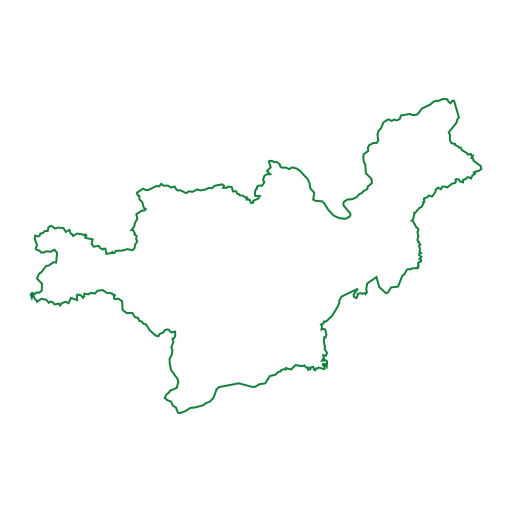 Guiratinga, Mato Grosso, Brazil
{"feature_id": "56859067B65545118773628", "entity_name": "Guiratinga", "entity_type": "district", "adm_level": 2, "iso_a3": "BRA", "parent_name": "Brazil", "parent_adm1": "Mato Grosso", "projection": "mercator", "projection_center": [-53.603, -16.377], "detail": "fine", "context": "isolated", "style": "outline", "palette": "green", "viewbox_px": 512, "rotation_deg": 0, "n_neighbors": 0, "source": "geoboundaries", "source_scale": "gbopen_adm2", "svg_char_len": 6041}
<svg xmlns="http://www.w3.org/2000/svg" viewBox="0 0 512 512"><path d="M323.6,360.5L324.2,359.4L323.2,355.2L326.0,355.6L327.0,352.8L324.5,348.6L325.2,347.5L323.8,341.5L324.2,337.2L325.5,337.5L326.5,334.6L325.1,329.4L323.0,328.9L321.5,329.5L322.0,326.0L321.0,324.6L323.6,323.2L324.0,321.5L326.2,321.4L332.2,315.7L337.3,307.3L339.2,303.3L339.2,300.9L341.5,296.6L357.9,288.7L353.6,294.5L353.9,296.9L356.4,298.1L357.7,295.3L357.6,293.8L360.3,293.2L362.7,293.7L364.7,293.1L365.6,294.2L366.9,292.2L366.2,289.2L367.2,283.5L376.5,277.1L379.2,287.0L385.9,293.2L388.0,292.5L391.1,287.4L398.0,286.6L402.3,275.8L404.5,274.1L406.4,270.4L407.9,269.1L410.5,269.5L411.8,268.4L417.9,268.1L417.7,266.5L418.7,265.9L418.0,263.7L419.0,262.0L421.0,261.5L421.1,260.0L419.4,258.8L421.4,256.9L419.1,255.1L419.5,253.2L420.9,253.1L419.6,251.5L420.0,248.5L418.9,246.0L420.3,244.4L418.6,242.9L418.9,241.7L417.7,240.8L417.4,239.4L418.4,236.9L417.5,231.9L418.4,230.1L418.0,228.4L416.6,227.8L413.1,221.3L411.7,220.8L412.9,219.7L414.3,214.6L414.2,212.7L415.4,212.6L419.2,208.1L421.7,206.8L423.5,203.3L423.1,202.3L424.3,201.8L423.9,198.6L427.7,196.9L428.7,195.6L432.3,196.4L435.5,191.7L435.8,189.4L438.1,187.7L440.9,189.2L442.3,186.7L445.4,186.6L447.1,187.5L452.3,183.5L455.0,183.0L455.9,181.7L455.5,179.9L456.1,179.1L458.5,179.4L460.0,181.4L463.0,182.3L462.9,180.1L465.7,179.0L467.5,177.3L468.8,177.2L471.0,178.5L472.4,175.5L475.1,173.7L473.8,172.7L474.8,171.7L478.4,171.0L481.3,169.1L480.8,166.1L473.5,160.7L473.0,158.5L471.5,158.0L472.9,155.6L471.1,155.2L470.8,154.0L467.6,154.5L467.0,153.2L462.1,150.2L460.6,147.5L458.9,147.7L458.0,146.4L454.9,144.9L455.1,143.9L451.5,143.2L449.9,140.3L450.0,134.9L448.7,132.4L456.4,122.9L457.6,118.8L458.9,117.4L454.0,100.7L452.4,100.8L450.4,103.2L448.4,101.7L447.3,99.3L443.1,98.9L437.8,101.1L436.3,100.7L433.7,101.6L430.2,104.6L421.9,108.5L418.0,113.9L416.0,114.8L412.6,115.1L409.9,114.0L401.0,115.4L399.9,118.7L397.7,120.1L395.7,120.3L394.3,119.5L391.7,120.9L388.2,119.3L383.4,122.4L380.9,128.4L378.6,130.8L377.5,134.5L378.3,140.6L376.6,143.0L373.4,143.0L369.1,145.2L367.9,147.7L368.2,151.0L363.7,154.2L363.3,157.4L363.8,162.0L365.2,164.0L365.9,173.3L370.9,178.2L371.8,180.3L371.8,183.3L367.6,186.7L367.3,189.1L363.1,191.3L362.3,192.8L359.5,194.1L356.4,197.3L352.3,199.2L347.5,199.5L343.9,201.7L343.3,204.4L344.3,206.5L350.3,213.4L350.3,215.4L349.4,216.8L345.4,218.8L339.4,218.2L333.6,215.5L328.1,209.6L324.7,203.9L322.3,201.4L315.5,200.8L313.2,199.6L314.2,192.7L310.3,188.3L309.7,183.5L307.5,178.9L300.2,171.1L296.7,168.6L292.2,167.3L289.2,169.1L285.6,167.5L282.5,167.8L280.3,166.6L279.7,164.2L276.3,161.8L274.2,162.2L272.8,161.1L269.8,160.8L268.9,161.4L270.7,167.3L267.0,171.0L270.2,174.2L266.5,174.4L264.3,176.0L263.0,179.9L264.4,182.2L262.0,185.8L258.9,185.5L257.1,186.6L257.0,188.6L256.0,189.1L255.0,191.6L255.0,194.5L255.5,196.0L259.8,196.1L258.1,198.7L253.3,200.7L253.3,202.5L251.8,203.1L250.8,202.6L249.7,199.9L246.7,199.5L247.5,198.3L246.6,197.1L245.3,197.6L243.0,195.7L239.5,195.3L238.9,194.2L237.3,193.8L236.2,191.3L233.0,191.4L231.7,187.0L228.1,186.6L227.0,187.7L223.2,187.9L224.0,185.8L222.1,184.3L214.4,185.9L211.9,188.3L208.6,187.9L205.3,189.6L200.4,190.4L197.3,189.4L192.5,191.8L188.9,191.3L186.2,193.2L180.5,190.3L177.8,190.5L176.5,189.7L174.6,186.5L171.1,187.6L167.9,185.6L163.4,185.7L161.3,183.8L159.1,186.4L156.5,186.0L148.3,190.0L146.1,190.1L143.0,188.7L137.0,192.7L137.2,194.0L137.9,195.4L139.2,195.7L139.5,199.3L142.3,202.3L143.8,207.8L145.8,209.1L144.9,210.3L141.6,210.8L136.3,214.2L137.4,218.5L134.9,223.1L134.2,226.6L131.5,230.0L132.9,229.9L134.8,233.2L134.4,234.3L136.6,236.0L136.2,238.9L137.2,241.4L135.3,244.3L134.5,248.2L132.6,250.3L127.5,249.1L122.5,250.6L116.0,250.8L114.4,252.9L112.4,253.1L112.3,252.1L110.6,253.2L106.4,253.8L105.4,248.8L104.0,248.5L102.6,249.5L99.7,247.7L99.1,246.2L97.8,246.0L93.5,246.7L91.6,243.8L92.7,239.4L85.4,237.9L85.4,236.6L86.4,235.6L85.3,234.5L84.4,235.4L82.3,234.3L77.0,233.6L73.2,236.0L72.6,234.5L70.8,233.8L69.4,229.9L65.9,231.9L63.4,228.1L58.7,227.6L55.0,228.5L51.3,225.8L48.5,227.2L47.7,231.0L45.0,231.0L42.7,233.1L40.3,233.6L39.7,235.5L38.3,236.5L35.2,235.6L34.7,238.7L37.1,245.3L35.7,248.3L36.1,249.5L39.4,250.7L41.3,252.6L44.6,252.3L46.1,251.3L50.8,251.7L54.4,249.7L57.1,252.8L56.1,262.5L53.3,262.3L48.7,265.6L46.1,265.9L41.4,272.2L39.2,273.6L37.4,277.3L37.1,278.6L42.0,283.8L41.7,290.9L39.5,292.6L36.4,292.5L34.8,294.0L32.1,292.9L30.7,294.5L31.8,297.8L32.6,295.0L33.6,295.8L34.8,299.0L36.8,300.6L37.1,301.7L41.4,298.8L46.1,299.7L48.9,302.8L50.7,301.5L52.6,302.2L54.6,304.4L58.9,303.6L60.1,305.5L61.9,303.1L65.6,301.8L68.6,303.2L71.0,297.9L77.2,300.1L76.8,295.5L77.6,294.5L80.9,295.3L83.0,297.9L84.0,296.8L84.4,293.6L88.1,294.4L91.2,292.8L94.8,293.6L97.6,290.7L102.8,290.1L106.6,292.8L111.8,293.3L112.5,294.6L114.1,294.6L114.9,295.3L114.0,296.8L114.1,298.6L115.0,299.1L118.3,298.7L122.1,301.2L122.6,310.0L126.8,313.1L132.2,312.9L134.9,317.1L138.1,318.0L139.4,321.0L141.3,321.3L143.9,324.0L145.9,324.3L149.8,330.4L155.6,335.5L158.5,336.3L159.6,334.0L163.1,332.6L164.8,330.2L167.2,329.4L168.5,329.6L171.0,332.3L175.1,331.7L175.2,336.2L173.9,338.3L172.5,338.7L173.4,341.9L171.3,347.7L172.4,349.6L171.8,354.7L169.6,358.7L169.7,363.0L171.0,370.0L177.6,379.0L178.3,382.1L176.8,387.8L169.8,390.9L169.1,392.5L166.4,394.5L164.7,398.1L167.8,400.4L171.0,401.5L172.8,405.6L176.0,407.6L177.9,412.7L179.7,413.1L185.1,411.3L190.3,407.9L194.5,407.6L203.1,405.3L205.8,403.2L210.1,401.5L213.5,397.8L216.6,389.2L219.2,387.1L238.8,383.3L252.2,386.9L255.1,386.8L259.5,384.2L265.2,383.4L269.8,376.1L275.4,374.7L278.4,371.9L280.6,371.4L281.0,370.4L283.1,369.3L285.8,369.5L285.9,368.1L291.0,369.5L295.5,365.1L302.4,366.2L304.2,365.4L306.3,367.7L308.2,367.5L308.1,369.7L310.5,369.2L310.5,367.5L313.3,366.8L313.9,369.4L315.1,370.2L316.3,368.2L317.6,368.4L318.7,367.5L323.5,369.0L324.8,368.6L324.1,365.9L322.8,365.1L323.0,363.9L324.7,363.9L326.7,366.7L327.1,361.5L326.1,360.4L323.6,360.5ZM323.6,360.5L322.0,360.7L322.7,359.5L323.6,360.5Z" fill="none" stroke="#15803d" stroke-width="2"/></svg>